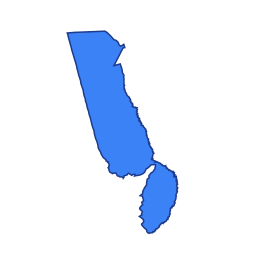 outline of Itilima, Simiyu, United Republic of Tanzania, rotated 255°
{"feature_id": "72390352B56378812232391", "entity_name": "Itilima", "entity_type": "district", "adm_level": 2, "iso_a3": "TZA", "parent_name": "United Republic of Tanzania", "parent_adm1": "Simiyu", "projection": "robinson", "projection_center": [34.228, -2.888], "detail": "fine", "context": "isolated", "style": "filled", "palette": "blue", "viewbox_px": 256, "rotation_deg": 255, "n_neighbors": 0, "source": "geoboundaries", "source_scale": "gbopen_adm2", "svg_char_len": 5777}
<svg xmlns="http://www.w3.org/2000/svg" viewBox="0 0 256 256"><g transform="rotate(255 128 128)"><path d="M235.5,93.9L233.2,94.1L232.3,93.9L221.1,94.0L218.3,93.9L201.4,94.4L198.4,94.1L196.1,94.2L191.6,94.1L185.9,94.4L182.9,94.0L176.0,94.5L174.1,94.2L170.4,94.0L167.5,94.3L165.0,93.9L162.5,94.2L156.9,93.9L155.2,94.2L151.1,94.0L147.2,94.2L138.9,94.0L134.3,94.4L130.7,94.0L126.4,94.0L122.7,94.5L118.7,94.5L116.8,94.1L115.6,94.2L111.6,95.3L109.5,95.4L107.5,96.0L107.1,96.0L105.6,96.6L103.2,98.4L101.8,98.3L101.3,99.0L100.7,99.3L100.6,99.9L99.9,99.6L99.1,100.1L97.1,100.4L96.6,99.9L95.0,99.1L94.8,98.5L93.6,98.9L91.6,98.7L90.0,99.1L88.9,100.3L88.1,101.7L88.1,102.0L88.0,101.9L88.0,103.5L87.7,104.6L84.7,105.3L84.3,105.7L83.8,106.8L83.0,107.3L82.2,109.7L81.3,110.4L80.7,110.4L81.5,111.4L82.9,111.8L82.8,114.0L83.1,115.3L83.7,115.7L84.2,116.8L81.3,119.4L81.7,120.4L81.6,122.7L80.7,122.6L79.9,122.0L80.0,123.2L79.6,125.1L79.7,125.7L79.5,127.1L79.9,130.2L80.9,132.5L83.9,135.1L84.0,136.1L84.9,138.2L86.3,140.5L86.4,141.1L85.8,144.2L85.4,145.0L83.8,144.6L82.5,143.7L81.5,143.4L81.0,143.0L80.7,142.3L79.3,140.9L78.8,139.2L78.1,137.8L77.3,137.1L76.8,136.1L76.1,135.7L74.5,135.6L73.9,133.9L73.2,133.1L70.3,131.8L68.3,131.2L66.1,128.6L63.0,125.9L60.2,124.8L60.2,123.6L59.5,122.2L58.8,123.6L58.0,124.4L57.0,124.2L54.3,124.4L53.4,123.6L52.7,122.0L50.1,122.3L49.8,121.3L48.9,120.0L48.1,118.9L47.4,118.9L47.0,118.4L46.6,118.4L43.7,120.2L42.9,119.9L41.7,118.9L40.3,118.8L40.4,118.1L39.8,116.8L39.7,116.1L36.3,118.8L35.9,119.0L35.2,118.9L34.4,119.2L33.6,119.1L32.5,117.8L32.0,116.6L31.0,116.1L27.4,117.8L25.0,119.5L24.6,119.6L23.7,119.4L21.8,119.8L21.4,120.7L20.8,121.1L21.0,122.3L20.5,124.4L21.4,125.1L21.4,125.5L20.9,125.8L20.8,126.1L21.6,126.9L21.4,127.2L22.4,128.5L22.7,128.6L23.0,128.3L23.2,128.5L23.2,130.4L24.3,132.1L24.4,132.7L25.3,132.7L26.0,133.5L26.1,134.5L27.3,135.3L27.3,136.4L26.8,137.0L27.5,137.2L27.6,137.7L27.5,138.0L27.2,138.0L27.5,138.8L27.9,139.0L27.9,140.3L28.4,140.8L28.6,141.4L29.2,141.6L29.8,142.4L29.5,142.9L29.7,143.0L30.6,143.5L31.4,143.4L31.6,143.6L31.7,144.9L32.5,145.2L33.1,145.7L33.8,145.8L34.2,146.6L35.0,146.4L36.9,147.1L37.2,147.6L37.9,147.6L38.4,147.9L39.5,148.2L39.5,149.7L39.7,149.9L40.3,149.6L40.6,150.8L41.5,151.0L40.9,152.0L42.3,153.1L43.5,153.6L43.5,154.1L44.0,154.1L44.4,153.5L44.7,153.6L45.8,154.9L47.5,156.1L48.5,156.2L49.6,157.0L51.0,156.9L53.8,159.3L54.8,158.8L55.3,159.5L56.5,159.4L56.6,160.1L57.7,160.6L58.4,159.9L59.3,159.8L59.7,160.3L60.2,160.4L60.7,161.1L61.0,160.7L61.4,160.7L62.1,161.5L62.8,161.3L63.1,161.5L63.5,161.1L63.6,161.5L64.3,161.2L64.6,161.8L65.4,161.8L65.6,161.2L66.3,161.8L67.4,161.6L68.2,162.1L68.6,162.1L69.3,161.9L69.4,161.5L69.4,161.2L69.0,161.2L68.6,160.6L68.7,160.3L69.1,160.2L69.2,159.8L69.9,160.4L70.4,160.0L70.9,160.3L71.0,160.8L71.2,160.5L72.1,160.1L72.3,160.6L72.5,160.6L72.4,161.0L72.6,161.1L72.8,160.6L73.0,160.5L73.3,160.9L74.0,160.2L73.6,159.9L73.9,159.4L74.5,159.0L74.7,159.6L75.2,158.5L76.0,158.0L76.0,157.8L76.7,157.2L76.6,156.8L77.0,157.0L77.2,156.6L77.7,156.3L78.1,155.6L78.7,155.4L79.0,154.9L79.3,155.3L79.7,154.8L80.6,154.8L81.2,154.1L81.9,154.5L81.9,154.2L81.7,153.8L82.1,153.1L82.0,152.7L82.5,152.3L82.6,151.9L83.0,151.9L83.5,151.3L83.9,151.3L83.9,150.8L85.4,150.3L85.4,149.7L86.5,148.9L87.9,147.1L87.9,146.7L88.2,146.6L88.0,146.1L88.4,146.1L88.4,145.8L88.6,146.1L89.2,145.5L89.9,144.2L90.5,144.1L90.9,143.6L91.4,143.8L91.1,143.0L91.4,142.9L91.9,143.5L92.2,142.9L92.9,143.8L95.7,145.0L96.6,145.7L96.7,146.3L97.0,146.5L97.3,146.4L97.6,145.9L98.1,145.7L98.4,145.9L99.0,145.7L99.1,146.0L100.0,145.6L100.5,145.7L100.7,146.1L101.1,145.8L101.5,145.9L102.0,145.5L102.7,145.5L103.0,144.9L103.5,145.2L103.8,144.8L104.3,144.5L104.5,144.7L105.3,144.5L105.7,144.7L106.4,144.5L106.2,144.3L106.5,144.1L107.0,144.2L107.2,144.7L107.6,144.2L108.3,144.1L108.6,144.6L108.8,144.2L109.4,144.7L110.7,144.3L110.8,144.5L111.4,144.4L111.7,144.9L112.1,144.9L112.9,144.3L114.8,144.1L115.7,144.3L115.7,144.0L116.4,143.8L117.2,144.4L118.4,144.4L118.6,144.3L118.8,144.5L119.5,144.4L119.9,144.9L120.1,144.6L120.3,144.8L121.5,144.8L122.1,144.5L122.4,144.7L122.7,144.2L124.3,143.9L124.5,143.5L125.9,142.9L126.3,143.1L126.4,142.6L126.7,142.6L127.0,141.9L127.6,142.0L127.8,141.6L128.4,142.4L128.9,142.1L129.0,141.7L129.6,141.6L129.8,142.0L130.2,141.7L130.8,141.8L131.0,141.2L131.6,140.8L131.5,141.2L131.8,141.4L131.9,141.1L132.1,141.4L132.3,141.3L132.4,140.9L132.7,141.3L133.1,141.1L133.1,141.3L133.4,141.4L133.5,141.2L133.7,141.5L134.3,141.6L134.7,140.8L135.2,140.9L135.5,140.6L135.5,140.4L135.9,140.1L136.2,140.4L136.6,140.2L136.7,140.7L137.0,140.9L137.8,140.6L138.0,140.4L138.4,140.4L138.5,140.1L138.8,140.6L139.2,140.6L139.3,141.0L140.0,140.5L140.7,140.3L141.1,140.8L141.6,140.5L141.9,141.1L142.6,141.1L143.4,141.9L144.3,141.5L144.4,142.1L144.5,141.7L144.9,141.6L145.2,141.9L145.3,141.1L145.7,141.0L145.6,140.5L145.9,140.1L146.3,140.1L146.2,139.7L146.9,138.9L146.8,138.5L147.6,138.2L147.8,137.8L148.3,138.5L149.0,138.5L149.3,138.3L149.6,138.6L149.9,138.3L150.4,138.7L150.9,138.4L151.4,137.7L151.9,137.5L152.1,137.8L152.4,137.4L153.6,137.1L153.8,137.2L153.6,137.4L153.8,137.7L155.3,137.7L156.1,137.4L156.5,137.1L157.0,136.9L157.4,137.2L158.0,136.6L159.9,135.5L162.1,135.4L162.5,135.1L163.4,134.7L165.4,134.9L165.8,134.5L166.3,134.5L166.6,134.8L167.2,134.8L167.3,134.5L168.0,134.8L168.6,134.7L169.2,134.9L170.0,135.7L170.4,135.3L171.2,135.6L172.0,135.4L172.4,135.7L176.9,136.9L178.6,137.1L179.6,137.6L180.8,137.7L181.8,137.1L182.8,137.0L186.5,137.4L191.9,137.1L191.9,130.6L206.6,143.9L206.5,145.7L209.9,145.6L209.2,143.4L209.0,141.9L211.1,140.8L213.1,140.7L215.3,139.5L216.1,138.7L216.7,137.5L217.3,137.1L221.8,134.8L225.7,132.5L227.5,130.8L233.6,103.7L233.9,102.7L235.5,93.9Z" fill="#3b82f6" stroke="#1e3a8a" stroke-width="1.5"/></g></svg>